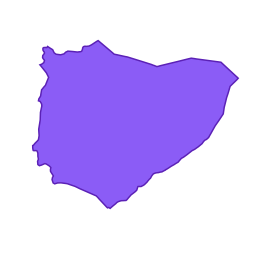 Al-Hasakeh, Hasaka (Al Haksa), Syria, rotated 281°
{"feature_id": "27442178B13029247631939", "entity_name": "Al-Hasakeh", "entity_type": "district", "adm_level": 2, "iso_a3": "SYR", "parent_name": "Syria", "parent_adm1": "Hasaka (Al Haksa)", "projection": "albers", "projection_center": [40.726, 36.168], "detail": "fine", "context": "isolated", "style": "filled", "palette": "violet", "viewbox_px": 256, "rotation_deg": 281, "n_neighbors": 0, "source": "geoboundaries", "source_scale": "gbopen_adm2", "svg_char_len": 2715}
<svg xmlns="http://www.w3.org/2000/svg" viewBox="0 0 256 256"><g transform="rotate(281 128 128)"><path d="M208.1,82.0L207.0,80.7L202.6,76.2L201.0,74.1L200.3,71.9L199.9,69.7L199.3,68.7L198.0,68.2L196.8,68.3L194.6,67.9L194.0,67.2L192.9,63.8L192.5,58.9L192.1,55.3L192.0,54.3L191.2,53.3L190.6,52.4L189.1,51.4L188.5,51.0L188.2,50.3L187.0,47.9L186.7,43.3L187.7,41.2L188.6,40.5L190.5,39.1L191.3,37.0L191.8,35.6L192.7,33.5L191.5,33.0L191.4,32.6L191.3,31.4L190.9,30.0L190.8,29.8L190.4,29.4L189.8,29.3L188.9,29.5L188.2,29.7L187.8,30.0L187.6,30.2L187.0,30.7L186.5,31.4L185.4,31.7L183.6,30.9L182.9,30.5L181.9,30.6L181.2,30.6L180.0,31.3L179.2,32.3L178.5,33.1L178.3,33.1L176.1,32.9L174.1,31.0L173.2,29.5L171.9,31.1L166.6,37.3L162.6,40.4L154.1,38.8L152.7,37.9L149.0,35.9L145.6,36.0L142.7,36.1L139.5,34.9L137.6,34.9L137.3,36.7L136.2,37.7L135.0,38.7L134.8,38.7L133.2,39.2L126.6,39.1L119.0,40.3L109.7,40.6L103.5,42.2L99.4,42.3L97.7,41.3L95.2,39.6L92.9,38.4L92.6,37.8L90.2,38.3L89.9,38.4L89.7,38.5L88.2,39.0L87.8,39.4L87.8,39.6L87.9,40.4L88.3,42.2L88.0,43.2L86.1,44.3L83.7,44.8L82.8,45.0L82.4,45.2L80.3,46.0L78.0,45.6L74.9,46.5L74.1,48.2L75.0,50.0L77.2,53.2L77.0,54.8L75.7,58.1L75.3,58.6L74.5,59.8L72.3,59.8L70.7,60.2L70.3,60.5L68.4,62.3L67.0,63.6L66.7,63.9L65.0,63.3L62.8,63.3L59.8,65.0L59.2,66.7L60.7,69.5L61.4,72.9L61.7,78.2L61.7,79.5L61.4,81.3L60.6,87.1L60.1,89.1L59.2,92.4L58.9,93.8L55.3,109.8L53.7,112.1L53.3,112.5L47.0,121.2L46.5,121.9L45.7,123.1L46.3,124.3L45.7,125.8L47.4,127.1L48.9,128.3L51.4,130.4L52.8,131.3L53.9,132.6L55.3,135.1L55.7,136.8L56.5,139.9L57.5,140.7L59.4,141.7L61.6,143.0L63.0,143.8L64.3,145.0L66.8,147.2L68.5,148.4L69.8,148.6L72.4,148.9L72.6,149.4L73.0,151.9L74.3,153.6L75.5,154.9L76.5,155.6L78.5,157.0L79.6,157.5L81.9,158.8L82.9,159.6L85.7,160.5L87.9,161.7L89.2,163.8L89.8,165.6L90.1,166.6L90.8,167.9L91.4,169.7L92.6,171.1L93.9,172.8L94.2,172.8L95.1,174.0L97.6,176.6L98.7,177.7L101.0,180.4L102.3,181.7L104.0,183.7L104.7,184.1L105.3,184.4L106.9,185.3L108.4,186.2L109.2,187.2L110.2,188.3L111.7,189.7L113.2,191.1L117.9,195.1L119.8,197.5L120.4,198.1L121.6,199.2L123.0,200.6L126.8,203.7L128.4,204.4L130.4,205.5L131.3,206.5L131.8,207.3L133.0,208.1L133.9,208.9L135.8,209.5L139.3,210.7L140.6,211.1L146.9,213.2L152.1,215.5L154.9,216.7L160.0,218.8L164.8,218.6L166.5,218.5L172.1,218.8L176.5,219.0L181.1,219.6L188.4,220.3L196.5,225.9L197.9,226.7L204.2,216.5L210.3,206.7L209.9,199.8L208.8,181.4L208.8,180.2L208.6,176.7L207.0,173.2L202.8,164.2L195.1,147.4L194.4,146.1L193.8,144.6L194.4,141.4L194.4,141.0L194.5,140.4L194.8,139.1L195.9,129.4L197.2,117.7L197.6,114.0L197.6,111.0L197.7,106.6L197.8,102.7L197.8,101.6L197.8,100.4L199.9,96.7L201.7,93.5L208.1,82.0Z" fill="#8b5cf6" stroke="#5b21b6" stroke-width="1.5"/></g></svg>